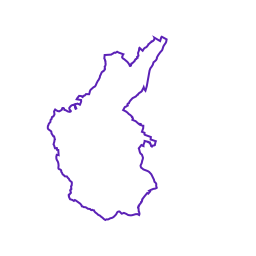 the district of Tarnaveni, Mures, Romania, rotated 222°
{"feature_id": "2599482B24834909765304", "entity_name": "Tarnaveni", "entity_type": "district", "adm_level": 2, "iso_a3": "ROU", "parent_name": "Romania", "parent_adm1": "Mures", "projection": "albers", "projection_center": [24.284, 46.321], "detail": "fine", "context": "isolated", "style": "outline", "palette": "violet", "viewbox_px": 256, "rotation_deg": 222, "n_neighbors": 0, "source": "geoboundaries", "source_scale": "gbopen_adm2", "svg_char_len": 5827}
<svg xmlns="http://www.w3.org/2000/svg" viewBox="0 0 256 256"><g transform="rotate(222 128 128)"><path d="M158.6,219.7L164.0,218.4L164.0,217.7L162.3,214.1L168.7,212.8L168.2,212.6L168.1,211.8L167.6,210.7L167.6,210.0L167.7,209.2L168.0,208.8L168.1,208.3L168.4,208.1L168.1,207.5L168.5,206.8L168.6,204.9L168.9,203.9L168.6,203.4L168.6,203.1L168.5,202.5L168.4,200.9L168.5,200.2L169.0,199.2L169.2,198.1L169.2,197.4L168.8,195.2L171.9,195.1L171.9,195.3L173.1,195.3L173.1,194.9L171.7,192.9L170.7,190.4L168.6,188.7L168.8,186.9L167.9,186.6L168.1,186.1L168.0,184.8L168.1,184.5L168.4,184.2L168.2,183.5L168.3,183.0L168.1,182.5L167.8,181.9L168.0,181.3L168.0,180.4L168.1,179.8L168.1,179.3L168.2,178.5L168.6,178.3L168.6,178.1L168.3,177.1L167.6,176.5L167.6,176.0L167.7,175.8L168.0,175.4L168.3,175.4L169.3,176.1L169.6,176.0L170.5,176.3L172.6,176.7L176.7,176.6L178.3,176.3L179.1,176.4L179.7,176.8L179.9,176.8L180.0,177.0L180.1,177.6L180.6,178.5L180.7,179.0L180.8,179.7L185.4,177.8L187.1,177.4L187.4,176.2L187.8,175.3L188.2,175.2L188.6,174.9L189.0,173.6L189.0,173.1L189.4,172.2L189.6,171.3L194.2,166.6L192.1,163.8L191.1,163.5L190.2,162.9L190.0,162.6L189.5,162.6L187.9,160.9L187.5,160.7L186.8,159.7L186.4,158.7L186.4,158.0L185.6,157.4L185.2,156.7L184.7,156.6L184.3,156.0L184.3,155.6L184.4,155.0L184.3,154.3L184.2,154.1L184.4,153.4L184.6,153.3L184.8,151.8L183.9,149.1L183.6,147.9L182.9,146.9L182.7,146.5L182.0,143.9L182.0,143.0L181.3,140.3L180.5,138.0L180.4,137.4L180.4,136.4L180.9,135.3L181.3,131.8L181.3,131.0L180.8,129.5L180.3,128.8L179.5,127.1L181.9,125.1L181.9,123.2L182.3,122.3L182.5,122.3L182.7,121.8L182.7,121.5L182.5,121.2L182.4,120.6L182.9,120.5L183.6,120.6L184.0,120.5L185.2,119.7L185.6,119.2L185.7,118.9L185.8,118.9L185.8,118.0L185.6,116.6L185.7,116.2L185.4,115.0L181.6,117.4L180.5,116.3L179.4,113.5L179.3,113.1L180.2,112.9L181.8,112.3L181.8,112.2L183.2,110.5L183.5,109.9L179.5,107.9L179.8,107.2L181.0,107.7L182.3,108.9L183.0,109.1L183.7,108.8L184.2,108.4L184.7,107.8L185.1,106.8L185.2,105.5L185.1,104.1L185.1,103.8L184.8,103.3L183.8,102.7L181.9,102.4L181.7,102.2L181.7,101.7L182.1,101.0L183.6,100.1L186.3,99.5L187.4,98.9L188.6,99.7L189.4,99.6L189.9,99.2L190.1,98.9L190.1,98.6L189.5,97.6L189.4,97.0L189.8,95.7L190.3,94.3L191.7,93.5L193.4,93.1L194.5,93.0L194.3,91.9L194.0,90.8L191.8,89.0L191.6,88.7L191.5,87.5L191.2,86.9L191.4,86.1L191.8,85.4L191.8,85.2L190.8,83.5L191.0,82.5L190.9,82.2L189.7,80.5L189.7,78.2L189.0,76.7L188.9,76.0L188.5,75.4L187.6,74.3L187.0,73.9L186.0,73.8L183.0,74.1L182.3,73.8L181.2,72.8L180.8,72.7L178.0,71.9L177.3,72.3L174.7,70.6L174.8,70.3L173.6,68.5L172.4,66.0L171.6,65.8L168.9,64.2L168.6,64.1L167.7,64.9L167.7,65.3L167.4,65.5L166.1,64.3L165.1,65.0L161.5,61.5L161.8,61.4L162.2,60.8L163.0,60.4L162.1,58.7L160.8,57.4L159.9,56.8L157.5,56.0L156.1,55.1L154.6,53.8L153.0,51.7L152.4,51.3L151.7,51.3L150.5,51.8L149.8,51.9L149.2,51.7L148.3,50.8L147.2,50.6L145.5,49.8L144.3,50.0L142.7,49.8L140.9,51.1L139.4,50.7L138.0,50.7L136.3,50.0L133.5,50.1L132.7,49.3L131.4,47.6L131.3,47.3L131.4,46.9L131.2,46.4L129.8,45.3L129.1,44.5L129.1,44.0L129.5,43.9L129.3,43.0L127.3,41.9L127.0,41.5L127.2,40.9L127.0,40.4L127.1,40.1L127.1,39.6L127.4,38.9L127.3,38.6L126.9,38.3L126.7,38.0L126.3,38.0L126.1,37.6L125.6,37.2L123.4,36.3L121.2,37.3L119.4,37.6L119.3,38.9L118.2,39.2L112.8,39.8L111.0,39.5L109.9,38.9L109.4,39.3L107.9,39.6L107.1,40.3L106.3,40.8L105.3,41.0L103.9,41.1L102.0,42.4L100.7,42.3L100.1,42.6L99.8,43.3L98.4,43.7L98.2,44.0L97.1,43.6L96.0,43.4L93.3,43.6L92.1,43.5L90.3,44.1L87.9,44.1L87.3,44.3L85.0,44.2L83.3,44.5L83.1,45.2L82.7,45.9L81.7,46.6L81.2,47.7L80.8,49.0L79.8,50.4L79.2,52.0L79.1,53.2L79.0,55.0L79.1,56.3L79.5,57.6L79.6,58.6L79.5,58.9L79.2,59.5L78.4,60.3L75.4,60.1L74.9,60.8L74.4,62.0L74.2,62.2L71.9,63.0L69.8,63.4L69.2,63.7L67.4,65.0L66.5,66.1L64.7,69.0L63.9,69.8L63.3,70.4L62.6,70.5L61.5,70.8L61.9,71.7L62.4,72.2L63.5,73.0L64.1,73.1L66.7,75.6L67.1,75.4L67.4,75.6L68.0,77.2L67.7,77.4L68.0,78.3L68.3,78.7L68.2,80.3L68.3,80.7L68.7,81.6L68.4,81.8L68.7,83.0L69.0,83.3L69.3,84.2L69.6,84.3L69.7,84.5L70.0,88.1L70.2,92.6L69.0,92.8L69.1,95.5L70.3,95.5L69.3,98.0L69.0,98.4L68.5,99.6L67.2,101.2L66.6,102.6L66.6,102.8L68.3,103.8L69.5,105.3L70.9,105.8L72.1,105.7L72.9,106.1L74.2,107.0L79.7,109.2L82.8,109.5L84.5,109.2L88.9,107.5L90.5,107.5L91.4,107.3L92.3,107.6L93.2,108.2L93.6,108.6L94.3,111.0L95.4,113.0L95.7,113.4L95.9,114.1L96.6,115.4L97.1,116.0L99.8,117.5L101.7,117.4L103.4,118.2L105.4,119.6L106.4,120.1L106.5,122.7L106.6,123.0L106.7,124.3L106.6,124.5L105.1,124.6L104.4,124.9L105.0,125.5L105.6,126.7L106.3,128.6L107.0,129.5L103.8,131.2L103.7,130.9L103.3,131.0L102.0,131.9L101.4,131.1L101.0,131.3L100.6,131.3L99.8,130.8L99.0,130.1L97.8,130.2L97.9,131.1L97.7,131.8L97.2,132.1L96.9,132.6L96.6,133.2L98.3,136.2L98.5,136.8L103.5,134.6L105.0,136.6L110.9,134.2L111.4,134.2L112.5,135.5L115.1,134.5L116.6,138.1L117.6,139.2L117.7,139.5L118.1,139.9L118.4,139.6L120.5,138.7L120.7,139.0L120.9,138.8L121.4,139.4L121.7,139.2L121.4,138.7L121.8,138.3L122.7,138.2L126.9,138.2L130.2,137.0L130.4,137.7L130.7,138.4L131.4,138.7L132.1,138.6L132.3,139.1L135.0,139.2L136.7,138.9L139.0,139.1L140.1,138.9L140.3,139.0L143.6,138.1L143.9,139.5L144.3,140.9L144.3,141.4L144.3,141.7L143.7,142.7L143.5,143.8L143.2,144.5L144.0,144.9L144.4,145.5L144.4,146.1L143.9,147.0L144.5,148.7L144.6,149.8L144.6,152.8L144.5,153.5L143.7,155.5L143.6,155.8L143.2,156.9L143.3,157.7L143.2,158.8L142.9,159.4L143.2,160.3L143.1,160.7L143.1,161.5L142.8,162.2L142.8,162.7L142.4,163.8L142.5,164.2L142.4,164.6L142.5,165.4L142.8,165.8L143.1,167.0L143.1,167.5L143.6,168.8L142.2,168.0L141.1,167.6L140.0,167.4L142.0,171.6L150.4,185.1L151.3,187.3L151.5,189.6L151.9,191.6L153.0,193.9L152.7,195.6L152.6,197.4L153.0,198.9L153.7,199.7L154.3,202.2L154.7,205.8L154.7,208.5L154.9,209.2L156.3,212.3L156.6,213.7L156.9,216.3L157.3,217.6L158.6,219.7Z" fill="none" stroke="#5b21b6" stroke-width="2"/></g></svg>